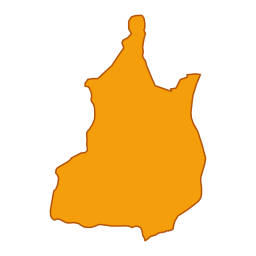 outline of Hayfan, Ta`izz, Yemen
{"feature_id": "15242507B40276066562734", "entity_name": "Hayfan", "entity_type": "district", "adm_level": 2, "iso_a3": "YEM", "parent_name": "Yemen", "parent_adm1": "Ta`izz", "projection": "equal_earth", "projection_center": [44.261, 13.291], "detail": "fine", "context": "isolated", "style": "filled", "palette": "amber", "viewbox_px": 256, "rotation_deg": 0, "n_neighbors": 0, "source": "geoboundaries", "source_scale": "gbopen_adm2", "svg_char_len": 3495}
<svg xmlns="http://www.w3.org/2000/svg" viewBox="0 0 256 256"><path d="M87.7,131.3L86.7,132.9L87.0,139.3L87.0,140.4L86.7,144.4L87.3,147.6L87.3,149.4L87.3,150.6L85.6,152.3L85.3,152.5L80.9,153.1L73.5,156.9L72.8,157.3L71.4,158.0L71.1,158.6L71.0,158.8L69.6,160.4L67.1,162.2L65.8,162.9L64.5,163.7L63.8,164.1L63.2,164.5L61.5,165.4L59.9,166.3L57.3,168.0L57.1,168.2L56.1,169.6L55.7,173.0L57.1,174.5L58.6,177.9L57.8,184.4L55.8,189.3L53.8,191.1L51.3,205.2L50.6,209.3L50.4,210.7L50.6,214.8L50.6,215.6L52.0,218.2L52.1,218.4L52.2,218.6L53.2,219.3L53.9,219.7L55.2,219.9L56.5,219.1L57.5,219.0L59.3,219.2L61.0,220.0L61.8,220.4L62.0,220.6L65.9,222.5L66.2,222.5L67.9,223.0L68.1,223.0L69.7,222.9L74.3,222.6L77.7,223.4L78.0,223.5L78.4,223.6L79.1,223.9L79.7,224.2L80.2,224.6L81.9,225.8L82.2,225.9L84.0,226.9L88.2,227.4L91.8,227.2L92.0,227.1L92.8,226.8L93.9,226.5L95.6,226.0L96.7,225.5L97.5,225.0L99.1,224.6L101.5,224.6L105.3,225.1L111.3,226.0L119.2,226.0L122.7,225.9L124.1,225.8L124.3,225.8L125.7,225.9L128.8,226.0L130.8,226.9L131.4,227.1L131.6,227.2L131.7,227.4L132.5,227.4L133.4,227.1L133.9,226.7L134.6,226.4L135.2,226.3L135.9,226.3L136.7,226.3L138.0,226.5L139.8,227.2L140.8,228.0L141.6,229.5L142.1,231.4L142.6,234.0L142.9,235.5L143.4,236.5L143.8,237.3L144.1,237.7L144.6,238.6L144.6,239.1L144.6,240.0L145.2,240.6L146.4,239.9L147.9,238.8L148.7,238.2L149.4,237.5L150.4,236.5L151.1,236.2L151.9,236.2L153.4,235.5L155.6,235.0L157.5,233.7L158.5,233.0L159.8,232.6L160.8,232.6L163.1,232.1L164.8,231.9L166.9,230.7L167.7,230.8L168.4,230.9L171.0,230.1L172.8,229.5L172.8,229.4L173.8,224.9L174.8,221.2L177.0,217.5L178.2,215.6L178.4,215.5L179.4,215.0L188.1,209.3L192.0,206.3L193.6,205.2L194.8,204.2L198.4,201.2L200.0,199.2L200.9,197.1L201.5,194.2L201.5,187.7L200.7,181.5L200.7,177.6L202.8,170.4L204.6,164.2L205.1,161.4L205.6,158.0L203.5,150.3L202.4,146.1L201.9,144.2L200.5,140.1L200.2,139.1L198.3,133.1L198.1,132.7L197.8,131.8L197.6,131.2L196.7,129.6L196.5,129.2L196.3,128.9L196.2,128.7L194.9,126.3L194.5,125.7L193.9,124.6L193.2,123.4L192.9,122.4L192.4,120.9L191.4,118.2L191.4,117.9L191.3,117.1L190.9,112.6L191.0,111.9L191.2,109.9L191.4,108.1L191.9,103.3L192.4,99.2L193.0,94.9L194.5,90.8L194.5,90.5L194.8,89.6L195.0,88.9L196.5,83.9L197.9,80.6L200.0,75.6L200.3,74.6L197.6,74.2L195.1,73.9L187.0,74.8L187.3,77.2L180.4,79.5L176.0,88.1L170.7,89.0L171.5,90.8L170.6,91.1L155.1,85.7L152.2,79.2L150.9,76.1L148.6,70.5L147.6,68.1L147.1,67.0L146.6,65.7L146.4,64.9L145.8,62.3L145.7,61.8L145.5,61.2L143.4,58.1L142.9,57.3L142.7,55.4L142.6,54.2L143.3,52.2L142.6,47.1L142.7,46.7L143.4,42.1L143.8,39.6L145.4,33.4L143.9,30.3L144.8,27.9L144.8,24.6L144.8,23.2L144.2,19.5L144.0,18.3L142.3,16.0L141.8,15.4L141.7,15.4L141.4,15.4L140.2,15.4L139.6,15.4L135.1,15.7L134.4,16.0L132.5,16.6L131.5,17.0L131.4,17.0L131.2,17.3L130.1,19.0L128.7,21.3L128.7,28.7L130.6,32.2L131.4,33.7L131.3,33.8L127.6,37.8L127.5,38.0L126.7,38.3L123.0,40.3L122.8,40.9L122.0,42.9L123.0,45.8L123.8,47.8L121.7,50.9L121.4,51.4L120.3,52.9L119.7,53.8L117.9,56.4L116.0,59.3L115.4,60.2L115.3,60.4L114.9,60.9L112.9,64.0L111.8,65.7L111.7,65.8L108.8,68.4L108.7,68.5L108.5,68.8L108.2,69.0L107.1,70.0L100.1,76.5L99.9,76.6L99.6,76.9L99.4,77.1L97.8,78.6L95.1,78.6L94.2,78.6L93.1,78.6L89.5,79.1L88.7,79.2L87.9,79.3L85.6,82.6L85.1,83.2L85.1,83.3L85.1,86.2L88.2,86.8L89.3,88.1L90.9,91.7L91.7,95.7L91.1,100.0L91.6,101.6L93.3,103.9L94.5,107.4L94.7,110.4L94.7,112.1L94.9,114.6L94.5,119.4L92.9,123.4L91.9,125.4L88.9,130.0L88.2,130.3L87.7,131.3Z" fill="#f59e0b" stroke="#b45309" stroke-width="1.5"/></svg>